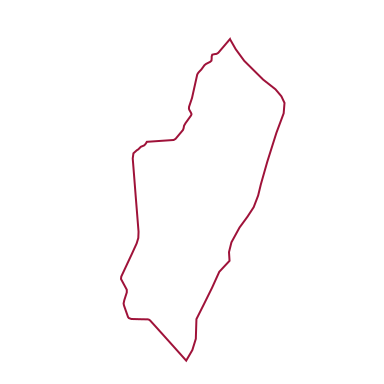 SVG path tracing the border of Ghat, rotated 26°
{"feature_id": "LBY-2968", "entity_name": "Ghat", "entity_type": "Municipality", "adm_level": 1, "iso_a3": "LBY", "parent_name": "Libya", "parent_adm1": "", "projection": "equal_earth", "projection_center": [10.299, 26.072], "detail": "fine", "context": "isolated", "style": "outline", "palette": "rose", "viewbox_px": 384, "rotation_deg": 26, "n_neighbors": 0, "source": "natural_earth", "source_scale": "10m", "svg_char_len": 1209}
<svg xmlns="http://www.w3.org/2000/svg" viewBox="0 0 384 384"><g transform="rotate(26 192 192)"><path d="M190.5,333.0L189.3,332.4L180.6,323.8L179.4,322.2L178.6,319.1L177.4,310.8L176.2,308.4L166.3,301.3L165.5,299.0L165.3,286.7L165.1,274.1L164.8,262.5L163.9,256.9L161.4,251.2L151.3,234.1L143.2,220.4L133.2,203.4L124.0,187.8L122.4,182.9L124.1,178.7L125.0,177.3L126.2,173.8L128.5,171.2L129.0,169.9L129.3,168.4L129.4,166.7L152.7,153.3L153.9,151.5L156.7,140.2L156.5,138.4L155.8,135.9L156.0,132.9L157.6,123.5L157.4,122.2L156.3,121.2L153.4,119.2L152.7,118.4L152.0,116.7L150.8,107.5L145.2,84.1L145.3,82.6L145.6,81.2L146.7,77.8L147.6,72.6L148.5,70.7L151.3,67.0L151.9,65.4L151.2,63.5L150.3,61.6L150.0,59.7L151.7,58.3L153.5,57.1L154.6,55.4L159.1,37.9L159.3,38.1L168.7,44.5L181.4,51.2L194.0,55.5L206.7,59.8L222.0,63.1L230.4,66.8L236.1,71.4L239.9,81.1L241.9,101.6L243.7,113.8L246.4,131.8L250.5,154.8L253.0,166.2L254.1,178.6L252.7,189.8L250.3,203.0L249.5,219.9L251.6,229.8L255.9,237.4L251.5,251.7L252.0,269.2L251.9,287.6L251.7,304.3L259.8,322.3L261.6,333.9L260.7,346.1L239.6,337.5L223.8,331.1L211.1,326.0L209.7,325.6L208.2,325.8L200.9,329.2L193.2,332.7L190.5,333.0Z" fill="none" stroke="#9f1239" stroke-width="2"/></g></svg>